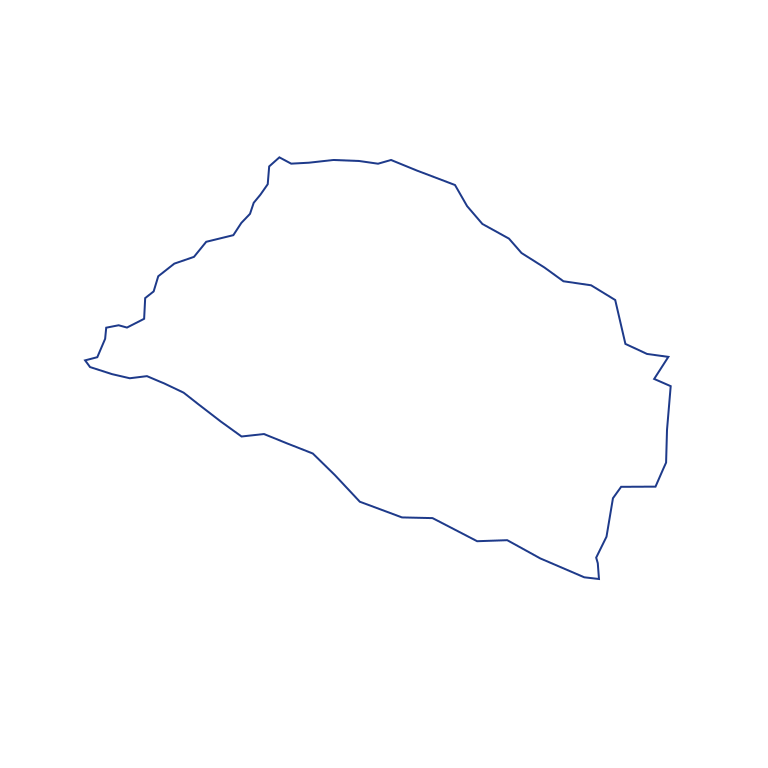 the district of Ayia Marina Kelokedharon, Paphos, Cyprus, rotated 74°
{"feature_id": "46923920B72864287320521", "entity_name": "Ayia Marina Kelokedharon", "entity_type": "district", "adm_level": 2, "iso_a3": "CYP", "parent_name": "Cyprus", "parent_adm1": "Paphos", "projection": "mercator", "projection_center": [32.613, 34.821], "detail": "fine", "context": "isolated", "style": "outline", "palette": "blue", "viewbox_px": 768, "rotation_deg": 74, "n_neighbors": 0, "source": "geoboundaries", "source_scale": "gbopen_adm2", "svg_char_len": 1053}
<svg xmlns="http://www.w3.org/2000/svg" viewBox="0 0 768 768"><g transform="rotate(74 384 384)"><path d="M278.9,664.8L286.7,661.9L299.5,642.8L308.4,626.8L311.1,609.7L320.1,598.6L322.7,595.3L337.1,579.0L352.2,568.1L375.0,551.3L395.2,535.4L399.0,513.2L414.5,493.4L431.2,471.6L457.9,456.4L490.5,439.7L517.2,403.5L526.3,374.3L560.8,337.8L568.1,308.6L594.7,281.9L625.0,244.8L630.7,231.1L615.2,227.9L609.4,227.9L592.1,212.2L556.9,195.4L548.2,184.4L557.5,151.3L543.1,139.4L537.3,134.5L506.1,124.6L465.1,109.0L453.6,122.9L436.3,103.2L427.6,122.9L412.0,140.9L367.0,138.6L346.2,157.7L334.7,183.2L316.2,197.7L296.0,215.7L278.7,223.8L257.3,245.3L235.9,255.1L212.3,260.9L188.0,293.4L170.6,315.5L170.6,329.0L162.8,346.4L154.7,370.9L150.6,395.1L146.6,412.5L137.3,422.1L143.2,434.4L159.9,440.7L168.0,450.7L173.9,459.3L183.5,465.9L189.8,476.7L199.4,487.8L198.3,515.7L209.4,531.6L210.5,552.4L218.2,571.3L231.5,579.9L235.6,589.9L255.2,596.6L258.9,615.5L254.4,622.9L253.3,635.5L263.7,639.6L279.2,652.2L278.9,664.8Z" fill="none" stroke="#1e3a8a" stroke-width="2"/></g></svg>